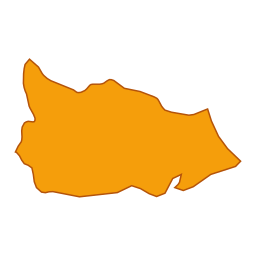 an SVG outline of Saint Thomas
{"feature_id": "JAM-1383", "entity_name": "Saint Thomas", "entity_type": "Parish", "adm_level": 1, "iso_a3": "JAM", "parent_name": "Jamaica", "parent_adm1": "", "projection": "equal_earth", "projection_center": [-76.493, 17.967], "detail": "fine", "context": "isolated", "style": "filled", "palette": "amber", "viewbox_px": 256, "rotation_deg": 0, "n_neighbors": 0, "source": "natural_earth", "source_scale": "10m", "svg_char_len": 1192}
<svg xmlns="http://www.w3.org/2000/svg" viewBox="0 0 256 256"><path d="M207.6,109.0L211.4,121.0L218.5,136.4L227.5,148.6L240.6,161.2L235.6,166.4L210.8,174.4L193.3,186.7L183.3,190.5L174.8,187.6L178.1,184.5L179.5,182.3L181.3,174.4L172.7,178.5L165.0,193.2L156.6,196.5L149.2,193.7L140.5,188.6L131.7,185.7L117.3,192.6L79.5,196.8L52.9,191.6L49.0,191.8L45.4,192.7L41.5,192.1L36.5,187.6L34.3,181.8L33.3,174.3L31.9,167.9L28.1,165.2L24.3,163.7L21.7,160.1L19.5,155.8L16.5,152.4L15.4,152.0L18.2,146.2L21.3,141.7L21.8,139.7L22.0,136.9L21.7,130.8L22.2,127.1L24.4,123.0L26.2,121.9L28.2,121.3L32.9,121.9L34.3,121.6L35.0,120.3L35.0,118.1L33.5,114.4L30.0,108.1L29.1,106.0L26.5,93.9L25.2,91.0L24.1,87.4L23.4,83.4L23.6,73.7L24.2,68.5L25.1,64.4L29.5,59.2L38.5,67.1L42.1,73.4L43.0,74.6L44.0,75.7L47.2,78.5L50.8,80.7L73.5,89.9L76.9,92.4L78.7,92.6L81.0,92.3L84.9,90.5L86.7,88.9L88.9,86.3L89.8,85.3L91.0,84.5L92.9,84.2L99.7,84.2L102.1,83.8L103.8,83.2L107.0,80.9L109.4,79.6L111.4,79.7L113.8,80.5L124.3,88.3L140.0,91.5L154.2,96.9L156.8,98.3L157.7,99.2L158.5,100.4L161.6,106.2L163.0,108.0L164.9,110.1L171.4,112.2L188.9,115.2L193.9,114.5L207.3,109.1L207.6,109.0Z" fill="#f59e0b" stroke="#b45309" stroke-width="1.5"/></svg>